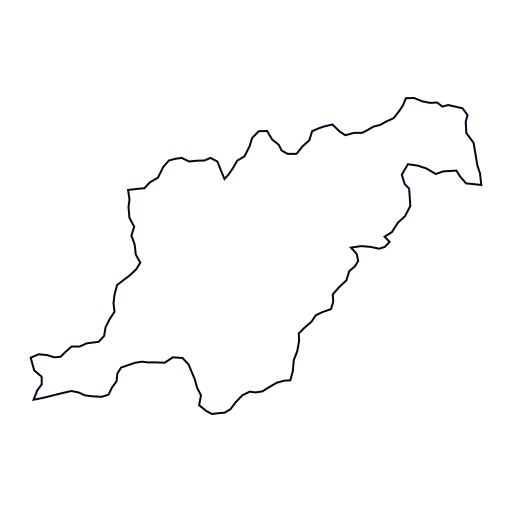 Alto Jequitibá, Minas Gerais, Brazil (Robinson projection)
{"feature_id": "56859067B47347238536955", "entity_name": "Alto Jequitibá", "entity_type": "district", "adm_level": 2, "iso_a3": "BRA", "parent_name": "Brazil", "parent_adm1": "Minas Gerais", "projection": "robinson", "projection_center": [-41.949, -20.439], "detail": "fine", "context": "isolated", "style": "outline", "palette": "ink", "viewbox_px": 512, "rotation_deg": 0, "n_neighbors": 0, "source": "geoboundaries", "source_scale": "gbopen_adm2", "svg_char_len": 2251}
<svg xmlns="http://www.w3.org/2000/svg" viewBox="0 0 512 512"><path d="M481.3,185.0L480.0,173.3L477.4,165.6L473.6,142.9L466.3,132.9L465.7,121.9L467.5,115.0L462.5,108.3L448.2,105.0L442.4,106.6L437.1,102.5L430.2,102.9L422.1,101.3L414.2,98.0L405.9,98.2L403.0,105.3L399.3,110.9L393.6,118.2L386.3,121.5L380.2,124.9L373.2,126.7L367.9,129.9L362.0,132.9L353.9,132.9L345.3,135.2L339.9,131.7L332.4,124.5L323.7,126.6L318.0,128.6L312.1,131.2L309.4,140.2L302.4,146.5L296.5,153.9L287.7,153.9L281.7,150.6L278.6,144.6L272.1,139.5L267.1,131.0L258.8,131.2L252.1,138.0L249.6,146.2L244.5,156.3L237.2,160.7L232.8,168.4L228.7,174.3L224.5,179.0L221.0,170.6L217.4,161.6L210.5,157.9L204.5,160.5L196.9,160.7L189.2,161.5L181.6,157.9L174.9,158.9L168.9,160.5L163.2,167.0L158.0,177.6L149.8,182.4L144.5,188.2L136.2,189.0L128.1,190.0L129.5,199.6L128.5,207.0L129.4,217.6L134.2,226.7L131.4,235.6L134.6,244.3L135.8,254.6L140.3,262.7L136.2,269.3L129.5,275.6L122.8,280.6L117.1,285.0L114.5,294.8L113.5,303.0L114.5,311.7L109.5,319.4L105.6,327.1L104.1,336.0L98.7,341.8L86.9,343.3L79.6,346.5L71.6,346.5L65.0,352.4L60.6,356.8L54.5,357.3L46.6,355.0L38.6,354.3L30.7,357.7L34.2,370.4L41.7,376.7L41.7,384.4L37.3,390.3L33.6,399.7L42.5,398.0L53.3,395.3L62.2,393.1L71.3,391.0L78.4,392.4L85.1,395.4L93.5,396.4L101.8,396.8L108.5,394.7L112.1,387.3L116.5,381.4L117.4,373.4L121.2,367.5L127.7,365.3L135.0,362.8L141.9,361.7L148.0,362.4L156.1,362.4L164.7,362.7L173.0,357.3L182.5,358.0L188.6,364.5L191.2,370.8L194.6,378.8L197.2,388.0L201.0,395.3L199.1,405.2L206.4,411.1L212.1,414.0L218.2,413.2L224.7,412.7L230.5,409.2L235.6,402.3L242.3,395.3L249.6,391.7L255.6,392.4L262.4,391.4L267.7,388.0L276.6,382.8L284.1,380.7L290.3,380.3L292.8,371.3L293.8,360.1L297.3,351.0L299.1,340.8L298.8,333.4L304.6,327.6L311.5,321.7L315.6,315.4L322.4,312.1L331.0,309.1L333.2,301.8L332.8,294.3L339.2,287.1L346.4,280.3L349.3,271.1L354.9,266.4L358.2,260.9L356.7,253.9L351.0,247.6L361.2,246.1L370.7,246.9L379.2,248.7L384.9,246.9L389.6,241.9L384.6,236.7L391.9,232.1L397.9,222.7L405.0,216.2L410.3,205.9L409.7,196.7L409.1,188.6L404.6,183.9L401.8,174.7L407.9,164.2L417.6,165.6L426.3,168.4L435.8,174.0L443.5,171.3L450.1,171.0L456.4,170.6L460.0,176.4L466.1,183.4L474.2,184.2L481.3,185.0Z" fill="none" stroke="#020617" stroke-width="2"/></svg>